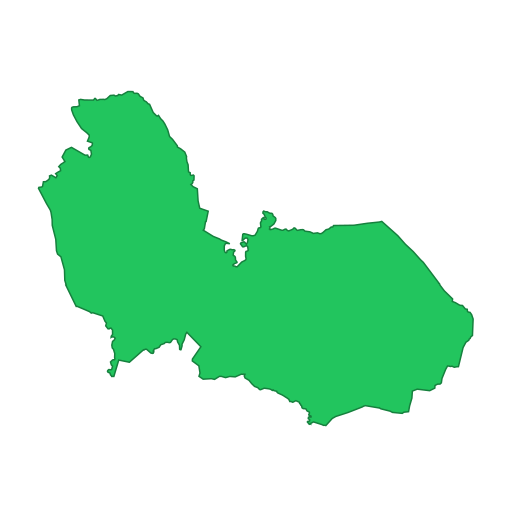 Grāveru pag., Aglonas, Latvia, rotated 265°
{"feature_id": "27541924B82032985792031", "entity_name": "Grāveru pag.", "entity_type": "district", "adm_level": 2, "iso_a3": "LVA", "parent_name": "Latvia", "parent_adm1": "Aglonas", "projection": "albers", "projection_center": [27.156, 56.054], "detail": "fine", "context": "isolated", "style": "filled", "palette": "green", "viewbox_px": 512, "rotation_deg": 265, "n_neighbors": 0, "source": "geoboundaries", "source_scale": "gbopen_adm2", "svg_char_len": 6054}
<svg xmlns="http://www.w3.org/2000/svg" viewBox="0 0 512 512"><g transform="rotate(265 256 256)"><path d="M353.8,57.3L352.2,57.3L350.6,56.6L350.0,55.8L348.5,53.3L348.4,52.6L348.5,50.7L343.9,49.4L343.4,48.5L343.3,45.7L342.4,45.2L326.4,51.9L319.7,55.1L317.3,55.6L310.1,56.1L304.3,55.7L290.0,58.0L278.6,57.7L275.2,58.5L272.2,61.6L259.0,64.0L248.4,63.4L243.7,64.4L243.6,64.0L221.4,72.5L221.4,73.5L217.2,81.4L215.0,85.4L213.5,86.9L213.7,88.5L209.6,98.1L204.1,99.9L202.3,101.2L199.5,100.2L196.3,102.3L196.3,103.8L196.8,104.3L196.9,105.2L194.8,106.6L190.4,106.3L188.7,104.8L187.6,104.6L187.9,105.1L187.8,107.2L186.4,108.6L184.4,107.2L183.5,105.7L179.8,104.6L176.9,104.8L175.5,105.9L171.1,106.8L167.2,106.3L165.8,106.5L165.0,106.0L165.1,104.8L164.9,104.0L163.1,101.8L160.1,102.4L158.8,103.5L155.7,102.4L155.3,101.7L155.7,99.5L155.0,98.5L154.2,98.0L153.0,98.5L152.4,100.0L151.8,100.4L150.2,100.7L149.4,101.5L148.6,101.7L148.4,103.9L164.3,110.2L161.2,120.6L172.4,135.8L172.1,136.2L172.8,137.5L172.6,138.9L168.5,142.8L168.0,144.3L168.1,145.1L169.3,145.8L170.3,145.9L170.1,145.4L170.5,145.4L172.5,146.8L172.4,148.1L173.5,151.5L175.9,153.4L176.8,157.0L177.8,158.0L177.8,160.0L177.2,162.3L177.4,163.3L180.0,165.5L180.6,166.8L180.3,168.7L179.4,170.2L177.3,170.4L173.7,172.0L169.7,171.8L169.2,172.4L169.2,173.1L172.9,174.5L174.5,174.6L178.8,177.2L184.4,179.2L186.0,180.5L170.4,193.2L158.9,183.7L157.0,183.4L151.6,189.5L144.3,190.0L141.1,188.7L137.9,192.6L137.7,200.8L136.7,204.0L139.3,209.1L139.1,211.0L137.5,215.1L138.3,219.3L137.4,224.8L139.6,231.2L139.3,232.2L139.4,233.4L139.1,234.7L137.6,233.8L135.4,234.5L132.8,238.2L129.2,240.6L126.2,243.2L124.7,246.3L122.7,247.9L122.4,248.9L123.6,252.7L122.4,257.9L121.7,259.3L120.7,260.5L120.6,261.1L121.1,261.4L120.2,262.5L119.4,264.9L118.4,265.1L117.6,265.9L115.3,270.0L111.9,274.5L110.4,276.2L108.1,277.0L108.0,278.1L107.1,279.9L108.4,283.1L106.5,286.5L105.2,286.6L104.6,287.4L103.6,287.6L102.6,288.4L100.8,288.6L99.8,289.8L99.6,291.5L99.3,292.4L97.3,293.3L95.8,295.5L95.0,295.6L93.2,294.7L92.7,295.0L91.9,296.7L91.0,296.9L90.7,296.7L91.1,294.8L90.8,294.2L89.4,293.9L88.3,295.2L87.1,295.1L86.8,294.8L86.8,293.3L86.2,292.7L83.7,294.4L84.0,295.5L83.8,295.8L84.4,295.8L85.7,298.8L82.3,307.0L81.4,308.5L81.4,309.7L81.0,310.8L87.5,317.8L89.2,321.5L92.1,334.1L96.4,348.8L97.0,350.0L97.4,351.9L93.9,365.3L94.1,365.5L92.9,367.0L89.7,376.2L88.3,378.3L86.5,388.0L87.5,389.7L87.6,394.4L93.4,396.0L100.8,398.9L107.8,400.0L109.3,405.0L106.7,417.3L108.8,422.6L111.4,423.0L112.5,425.6L112.4,428.2L113.5,429.6L117.8,430.6L126.6,435.1L129.7,437.2L129.5,438.7L129.0,439.9L129.1,441.7L127.9,443.8L128.2,446.6L128.1,448.0L146.7,454.3L151.8,457.6L153.5,460.6L154.6,461.1L155.2,462.1L156.8,463.0L157.9,464.7L174.3,466.8L178.8,465.7L181.2,464.3L181.6,462.6L182.5,461.8L184.5,461.8L185.0,459.9L188.7,457.4L189.2,454.7L192.2,450.5L193.6,447.6L196.1,448.1L204.8,440.6L210.8,436.8L212.3,436.4L212.9,435.7L213.1,435.8L235.1,422.1L237.9,419.6L246.7,413.0L254.7,405.8L263.9,399.0L279.5,384.3L279.1,381.9L278.9,369.8L278.1,356.3L279.6,335.9L278.2,335.0L278.3,333.4L276.5,330.8L276.1,328.1L273.6,324.8L272.7,323.1L272.6,321.6L273.7,319.3L273.5,314.9L274.0,314.3L275.4,311.8L276.5,306.9L277.9,305.7L278.2,304.9L278.3,302.9L277.9,299.6L278.2,299.0L280.2,297.5L280.7,296.4L279.4,294.8L278.1,290.7L278.8,289.4L280.2,288.3L280.2,287.3L279.3,285.1L279.4,283.9L282.0,278.0L282.1,276.8L281.4,275.3L281.0,272.9L281.1,272.2L281.7,271.7L282.7,272.4L283.9,272.1L284.3,273.5L286.3,276.6L289.6,278.8L291.7,279.0L292.6,278.5L294.5,276.5L296.1,276.3L297.0,275.7L297.3,274.8L297.4,273.5L299.1,271.0L299.2,269.4L300.1,267.6L299.5,266.9L298.1,266.6L296.7,267.8L294.5,268.4L293.1,269.3L292.1,269.3L291.7,268.6L291.8,267.5L292.3,267.2L293.4,267.4L293.7,266.7L292.1,264.7L290.4,264.6L289.1,263.5L288.2,263.3L284.5,263.4L283.8,262.5L283.7,261.2L283.4,260.7L280.4,259.5L276.8,256.9L276.4,254.9L276.5,253.6L278.5,248.5L279.2,246.2L279.2,245.3L278.7,244.7L272.7,243.5L272.7,244.2L274.5,246.3L274.8,247.4L274.6,248.7L273.0,249.5L270.3,248.7L268.5,247.5L270.9,245.8L271.2,245.2L270.3,242.0L269.5,241.6L266.4,243.4L266.2,244.1L266.3,244.9L267.1,247.1L266.7,247.9L265.8,248.6L262.3,248.7L261.8,248.1L261.4,246.4L260.6,246.0L256.6,245.6L254.2,245.9L253.2,245.5L252.5,244.5L251.2,241.2L246.9,236.3L247.0,235.2L247.8,234.0L248.0,232.5L248.8,232.1L249.4,232.5L250.4,234.2L251.0,236.3L251.5,236.6L253.7,235.3L256.7,235.3L257.8,234.6L258.5,233.5L259.1,233.4L261.8,234.0L262.9,235.4L263.5,235.5L264.2,234.6L264.3,232.8L264.9,231.3L264.9,230.5L263.7,227.6L262.2,227.2L261.8,226.5L262.1,225.8L262.8,225.3L264.8,224.9L268.8,225.3L270.9,226.5L271.2,227.8L270.5,231.0L272.8,227.2L274.8,223.0L276.3,220.9L279.2,215.2L286.3,205.7L287.6,206.9L294.6,208.7L294.7,209.3L304.8,212.3L308.5,204.1L315.9,203.1L328.1,203.4L330.6,199.3L332.9,197.4L333.5,198.5L334.6,199.4L336.4,199.6L337.1,200.8L341.3,201.3L342.1,200.7L341.9,198.5L342.1,198.0L342.7,197.6L344.7,197.7L345.7,196.1L352.8,196.3L356.0,195.4L359.7,195.2L361.1,195.5L365.7,194.1L369.4,190.2L371.4,187.2L372.7,187.2L379.5,183.0L382.6,180.3L389.4,179.0L395.4,176.7L398.5,175.1L401.2,172.9L404.6,171.1L404.0,170.0L404.3,169.1L407.9,166.1L416.4,163.2L417.0,161.8L419.1,160.2L420.5,158.2L421.3,157.6L423.3,157.2L425.2,154.4L427.8,152.9L428.5,151.6L428.6,149.2L429.3,148.2L430.5,147.7L431.0,142.7L428.0,136.2L428.9,133.2L427.9,132.2L427.6,129.9L428.6,128.6L428.6,124.8L425.7,121.1L425.0,119.0L425.3,118.1L425.6,114.1L425.1,112.5L424.9,111.1L426.9,109.8L427.0,109.1L425.5,107.7L426.3,98.9L427.3,94.9L426.9,93.1L421.1,93.2L420.3,90.7L420.5,86.9L420.1,85.6L419.5,85.2L417.6,85.1L412.5,86.4L405.4,89.4L398.2,93.3L393.6,98.1L390.9,100.4L389.1,100.2L385.1,98.1L383.1,102.6L382.6,102.9L380.4,102.4L379.2,100.9L378.5,99.1L377.8,98.7L376.7,98.9L375.6,100.7L371.8,101.0L369.2,99.6L368.7,98.7L368.8,98.1L369.1,97.7L371.2,97.1L371.3,94.5L380.2,81.8L380.3,81.6L378.1,75.8L371.5,71.5L366.7,73.9L364.2,69.4L362.2,67.3L360.5,68.7L358.0,68.8L356.7,65.8L355.5,63.6L353.4,65.0L351.4,63.5L354.4,59.2L353.8,57.3Z" fill="#22c55e" stroke="#15803d" stroke-width="1.5"/></g></svg>